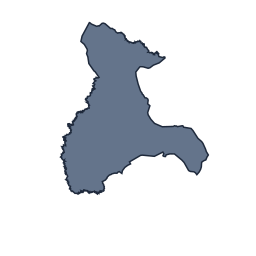 Phang Khon, Sakon Nakhon, Thailand, rotated 298°
{"feature_id": "78962969B14140185659984", "entity_name": "Phang Khon", "entity_type": "district", "adm_level": 2, "iso_a3": "THA", "parent_name": "Thailand", "parent_adm1": "Sakon Nakhon", "projection": "albers", "projection_center": [103.735, 17.372], "detail": "fine", "context": "isolated", "style": "filled", "palette": "slate", "viewbox_px": 256, "rotation_deg": 298, "n_neighbors": 0, "source": "geoboundaries", "source_scale": "gbopen_adm2", "svg_char_len": 5686}
<svg xmlns="http://www.w3.org/2000/svg" viewBox="0 0 256 256"><g transform="rotate(298 128 128)"><path d="M209.3,58.9L209.1,57.2L208.3,56.0L204.5,54.6L204.3,53.8L203.1,52.7L202.6,46.9L203.0,45.2L202.9,44.4L187.6,44.3L182.3,45.8L181.3,50.2L178.5,54.8L177.3,55.8L174.2,56.5L171.9,59.2L166.5,63.2L162.4,71.2L162.2,72.7L159.1,78.7L158.4,78.3L158.1,77.5L157.6,77.2L157.8,76.1L157.0,76.2L155.3,74.9L154.7,75.3L154.5,77.4L153.4,76.7L150.8,76.3L151.0,78.1L149.9,78.2L149.2,78.0L148.6,77.1L148.0,77.9L148.2,78.7L147.6,79.1L147.1,80.5L146.7,80.3L147.0,79.4L146.0,79.4L146.4,78.5L145.8,78.0L145.4,78.1L145.6,78.6L144.7,79.1L144.0,78.6L141.9,79.4L141.5,78.2L140.4,78.6L139.6,79.4L138.8,79.5L136.7,77.9L137.4,77.2L135.0,78.0L134.6,77.1L133.6,76.9L133.2,77.1L133.3,77.8L132.7,78.1L132.9,78.8L132.1,79.5L132.3,80.5L131.7,80.8L131.2,79.7L130.9,81.8L130.2,82.2L130.0,83.2L129.2,82.8L127.4,84.3L126.5,83.0L126.1,83.1L125.6,82.5L125.4,82.8L124.8,82.2L124.5,81.3L122.4,81.1L122.5,80.4L122.0,79.7L121.6,79.8L121.6,80.5L120.8,80.6L121.2,80.0L120.4,80.1L120.1,79.7L120.7,78.7L120.4,78.0L120.1,77.9L119.3,78.6L119.3,77.1L118.5,77.0L118.9,76.5L118.2,75.8L117.2,75.8L116.8,76.3L116.1,75.7L114.9,76.6L114.5,77.5L113.9,77.2L113.1,77.7L112.7,76.8L112.0,76.8L111.7,77.6L110.7,76.6L110.1,76.7L110.1,77.4L109.3,77.4L108.5,77.1L108.6,76.3L107.7,76.6L107.4,76.1L105.2,78.3L104.5,77.8L104.5,77.0L103.8,76.7L104.7,76.4L104.0,74.9L104.3,74.2L103.5,73.0L102.4,73.4L102.5,73.8L102.0,74.2L102.4,74.6L102.4,75.7L102.0,75.8L102.2,75.4L101.5,75.0L101.8,76.0L100.5,76.1L100.4,76.5L100.9,76.5L100.9,77.3L100.4,77.2L99.6,78.6L99.1,78.6L99.3,79.0L97.4,79.3L97.3,79.8L96.8,79.8L96.3,78.8L95.3,79.3L94.9,78.6L93.9,78.3L93.7,77.1L92.5,77.1L91.9,76.0L90.2,76.4L90.1,75.0L89.5,74.7L89.2,75.3L89.7,76.5L88.9,76.2L87.1,77.0L87.3,77.8L87.7,77.1L88.1,77.0L88.1,77.7L88.7,77.9L88.3,78.0L87.6,79.5L86.2,78.7L85.9,79.1L85.1,79.2L83.9,80.8L83.3,81.1L83.6,80.2L82.7,79.6L82.7,79.1L81.3,79.9L80.6,78.5L80.4,79.2L79.5,79.1L79.4,79.8L78.7,80.4L79.7,80.9L79.1,80.8L76.6,83.1L76.1,82.8L76.3,82.3L75.9,81.9L75.0,82.6L73.6,81.4L72.5,82.6L70.7,82.1L70.7,83.3L70.1,83.6L69.4,85.1L69.4,86.1L69.0,86.5L69.8,86.8L69.0,87.0L69.1,88.1L68.3,87.4L67.1,87.3L67.3,87.9L66.7,88.1L66.8,88.7L66.0,88.6L65.6,89.8L65.0,90.3L64.5,90.0L64.7,90.6L64.0,90.6L64.0,90.0L63.5,90.3L63.3,90.9L63.7,91.6L62.6,91.4L63.0,92.8L62.3,93.0L62.0,92.3L60.7,92.4L60.1,92.7L59.9,93.3L60.1,93.9L59.6,94.3L59.3,93.6L58.9,94.2L58.5,93.9L58.0,94.6L58.5,94.7L58.4,95.4L57.1,97.4L54.3,97.4L53.8,98.0L53.2,97.5L53.1,98.9L53.4,99.4L51.9,99.9L52.4,100.9L51.5,101.4L50.7,101.1L50.1,102.3L49.4,102.9L49.5,104.6L48.2,104.7L47.8,105.4L47.3,104.8L46.8,104.9L46.8,106.0L45.7,107.4L46.1,107.9L45.7,108.4L46.2,108.9L45.4,111.8L46.2,113.3L46.2,114.9L47.4,115.7L47.5,115.3L47.0,114.4L48.1,114.7L47.9,115.4L49.0,116.8L49.6,116.2L50.0,117.0L50.6,116.1L50.8,117.7L49.9,117.9L49.9,118.4L50.9,118.6L51.2,117.7L52.1,118.8L52.2,118.1L52.6,118.0L52.9,118.8L52.2,119.0L52.8,119.6L52.6,120.6L53.4,120.8L53.7,121.8L53.0,122.3L53.3,122.9L52.7,122.8L52.3,123.6L52.9,123.8L52.6,124.7L53.8,124.6L53.5,125.1L53.8,125.7L54.3,125.8L54.2,126.3L54.8,126.8L55.1,126.6L55.4,127.3L56.4,128.0L55.6,128.7L56.6,129.4L56.6,130.6L56.1,130.6L56.0,130.2L55.5,130.3L55.4,131.9L55.8,131.7L56.4,132.6L57.0,132.3L56.8,132.9L57.3,132.7L57.9,133.4L58.2,133.0L58.6,133.3L58.6,132.9L59.5,132.9L59.5,133.9L58.9,134.6L59.3,134.9L60.2,134.5L60.8,136.0L61.7,136.1L62.2,135.8L62.3,135.3L63.7,135.5L64.6,134.5L65.3,134.5L65.9,133.4L66.8,132.9L67.2,131.6L68.1,131.2L68.6,130.5L71.5,132.5L74.2,133.0L74.6,132.7L75.8,133.0L77.9,133.7L78.7,134.7L79.8,135.2L81.9,137.4L82.9,139.5L84.4,139.9L85.4,140.7L85.0,143.9L87.7,143.1L91.7,143.7L95.0,145.3L97.5,147.1L98.8,145.2L109.8,152.0L110.8,153.5L115.4,164.6L123.1,170.1L122.1,171.7L119.9,171.9L119.8,173.2L120.4,174.5L122.2,174.3L124.8,177.1L126.9,181.2L125.0,190.5L123.9,193.7L118.9,201.5L118.9,203.4L120.3,206.8L120.1,208.6L119.1,210.7L122.6,211.5L125.6,211.5L128.1,211.0L132.3,209.1L134.6,210.2L136.4,211.7L139.3,211.4L141.9,211.6L143.9,208.3L145.8,206.3L149.6,201.4L150.6,199.4L151.7,194.6L156.2,186.6L157.2,183.9L154.8,176.7L155.6,175.7L155.5,174.9L152.4,171.0L152.5,169.8L152.1,169.4L151.9,168.1L150.6,167.2L145.2,157.7L144.5,149.3L146.4,144.1L149.1,139.6L150.9,138.1L157.9,136.9L158.6,134.0L161.9,132.8L162.8,132.0L163.2,130.2L162.6,128.8L164.4,125.9L164.6,124.7L165.4,124.0L166.4,121.9L171.6,116.3L177.7,110.8L181.0,108.6L187.4,109.7L187.9,110.1L189.1,112.5L190.2,117.7L191.5,119.1L195.4,120.9L200.2,125.0L207.2,127.8L207.9,127.2L207.7,126.4L206.5,125.5L205.6,121.8L206.4,120.9L207.3,120.4L207.4,119.5L208.1,120.0L209.0,117.6L208.3,117.3L207.5,118.1L207.5,117.1L206.3,116.5L205.2,117.1L204.9,116.2L205.8,116.4L206.1,116.0L205.5,115.2L206.0,114.3L205.5,113.9L205.7,113.4L205.3,113.3L205.2,112.5L204.6,111.7L204.9,110.8L204.4,110.1L205.4,110.3L206.1,109.9L206.5,108.4L207.9,106.5L207.2,105.2L207.4,104.3L207.8,104.3L207.8,103.8L208.5,103.2L208.9,103.4L209.7,102.8L209.5,102.2L208.6,101.7L208.8,101.5L209.5,101.8L209.3,101.1L209.7,100.7L209.3,100.3L209.3,99.4L210.4,98.7L210.3,97.9L210.6,97.4L209.6,97.3L209.4,96.0L208.9,96.1L207.7,94.5L207.1,94.6L207.3,93.8L206.8,94.1L206.8,93.7L205.5,93.4L205.4,93.1L205.8,93.1L205.9,92.7L205.2,92.0L205.0,91.0L205.2,90.2L204.9,90.0L204.7,88.8L204.3,88.8L204.7,88.4L204.4,87.7L204.8,87.3L204.4,86.8L204.9,86.6L205.0,85.7L205.4,85.4L205.5,84.6L205.2,84.4L205.9,84.3L205.7,83.8L206.2,82.9L206.8,82.8L207.1,82.1L207.6,82.3L208.1,81.9L208.1,81.0L208.7,80.5L208.5,80.0L209.0,78.9L209.2,77.3L208.7,77.2L208.9,76.7L208.5,76.5L207.9,75.3L206.9,74.3L207.2,72.0L208.5,70.1L208.2,68.9L208.6,67.6L207.7,65.8L209.3,58.9Z" fill="#64748b" stroke="#1e293b" stroke-width="1.5"/></g></svg>